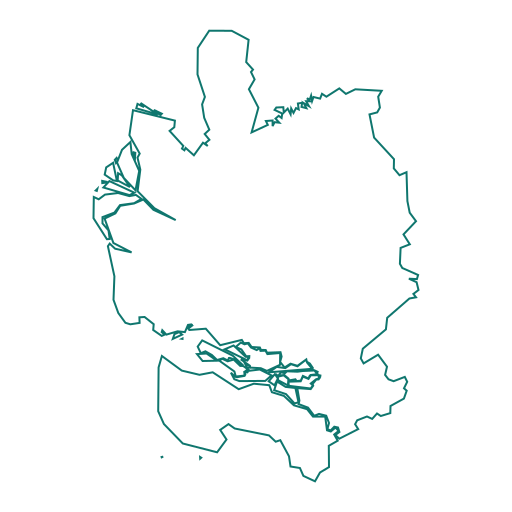 outline of Kubu Raya, Kalimantan Barat, Indonesia
{"feature_id": "22746128B69090577702614", "entity_name": "Kubu Raya", "entity_type": "district", "adm_level": 2, "iso_a3": "IDN", "parent_name": "Indonesia", "parent_adm1": "Kalimantan Barat", "projection": "albers", "projection_center": [109.326, -0.379], "detail": "fine", "context": "isolated", "style": "outline", "palette": "teal", "viewbox_px": 512, "rotation_deg": 0, "n_neighbors": 0, "source": "geoboundaries", "source_scale": "gbopen_adm2", "svg_char_len": 6117}
<svg xmlns="http://www.w3.org/2000/svg" viewBox="0 0 512 512"><path d="M404.0,388.3L407.2,381.8L404.8,376.9L393.6,381.2L388.5,379.3L385.1,374.9L387.0,366.7L378.1,354.7L363.6,363.4L360.8,358.4L362.8,348.7L385.9,329.4L387.2,317.8L409.4,298.5L416.0,297.3L413.4,293.9L418.5,290.0L416.6,282.2L408.9,278.7L416.9,279.1L418.1,275.0L402.3,268.0L399.9,263.8L400.6,247.9L409.8,244.3L403.5,234.4L416.0,221.2L409.7,212.7L407.4,201.1L406.5,172.2L399.5,175.2L393.8,168.4L394.0,159.2L374.1,137.6L369.5,114.4L377.2,112.4L379.9,107.6L378.2,96.7L381.7,90.8L355.3,89.3L345.9,93.9L339.3,88.4L326.4,96.7L322.0,93.8L320.1,98.6L313.5,97.0L312.1,101.0L311.1,95.6L309.8,99.4L306.9,98.3L310.1,101.3L306.1,101.2L309.0,106.2L303.7,103.1L306.4,108.2L301.5,106.9L302.2,102.8L297.9,103.5L298.7,109.4L296.0,108.1L293.5,112.9L291.2,108.5L290.6,114.3L287.7,108.6L283.8,112.6L283.3,107.2L276.3,107.5L274.6,109.9L282.2,113.5L281.6,118.0L278.7,115.8L275.5,118.6L279.3,122.7L274.6,122.2L272.6,126.1L272.6,120.5L265.9,121.0L267.8,124.9L251.6,132.4L258.4,107.7L248.9,89.2L254.6,79.4L251.0,72.0L253.0,69.6L246.2,62.1L248.6,39.8L231.7,30.8L209.2,30.7L197.8,47.9L197.5,74.4L204.9,96.9L202.1,104.4L204.2,117.8L209.3,129.7L204.7,134.0L209.4,139.8L205.2,143.3L207.7,146.0L203.0,142.7L193.9,155.3L185.6,147.9L184.4,150.3L182.0,148.6L183.3,145.9L169.6,130.9L174.3,127.2L174.9,120.6L133.0,110.2L129.4,135.2L139.7,153.6L137.5,157.6L140.3,169.6L137.6,191.2L154.4,208.2L175.7,220.1L153.4,209.8L143.4,199.5L134.1,203.5L120.2,205.8L115.4,213.4L104.6,218.6L113.4,243.0L131.6,252.4L115.1,248.7L109.7,243.6L107.9,246.2L114.4,276.3L113.5,299.8L118.3,313.0L125.4,322.8L130.3,324.3L139.6,322.9L139.4,317.3L144.6,317.0L153.7,324.2L153.2,330.0L161.7,335.9L164.7,334.6L161.7,332.1L162.3,330.2L166.4,334.6L177.6,331.3L184.9,332.1L188.0,324.9L191.3,324.4L191.9,324.8L191.7,325.9L188.4,328.5L189.3,330.0L205.8,328.7L220.2,345.2L241.8,339.9L243.9,343.2L248.7,342.9L251.6,347.0L259.9,347.5L260.9,349.9L265.7,350.0L267.0,352.7L280.5,352.2L281.6,356.6L280.1,361.9L284.6,367.5L290.5,363.7L297.5,365.8L306.3,359.4L306.8,361.7L309.9,363.6L312.8,367.9L312.4,369.0L310.0,369.9L314.1,370.2L317.6,371.8L317.2,372.9L317.6,374.0L317.3,374.8L320.4,375.5L320.2,376.9L318.6,379.4L316.2,379.6L313.4,383.0L311.6,383.7L312.9,384.7L313.2,385.7L310.7,389.1L297.3,388.1L299.4,400.6L298.6,404.1L308.0,407.6L314.2,415.8L319.0,413.9L326.2,415.7L329.0,423.0L327.4,429.1L330.6,430.5L334.3,426.7L338.0,427.5L339.4,432.0L335.3,435.0L339.3,438.7L358.2,429.1L355.1,424.2L357.2,420.3L367.0,416.5L372.2,418.9L377.0,413.5L380.8,416.0L390.3,413.1L390.5,406.0L403.9,398.6L406.7,390.7L404.0,388.3ZM161.9,356.0L158.6,367.4L158.2,411.2L163.9,424.0L182.8,443.5L217.1,452.3L226.5,439.5L220.2,429.9L228.5,424.1L234.7,428.5L269.0,435.4L275.7,441.7L280.3,440.2L289.0,456.3L290.5,466.5L299.9,468.0L303.4,475.9L315.0,481.3L320.0,472.5L329.0,467.1L328.8,445.8L337.7,440.7L334.2,434.5L338.6,431.0L335.5,427.5L330.8,431.5L327.0,430.3L325.2,416.6L313.0,416.6L307.1,409.2L293.9,405.3L283.9,395.9L271.9,392.2L269.3,385.2L253.8,383.7L238.7,389.2L212.7,372.3L199.5,374.8L181.8,370.6L161.9,356.0ZM118.1,193.0L105.0,194.6L98.7,199.3L93.8,197.0L93.5,218.2L106.9,239.2L109.7,239.0L108.5,230.4L102.5,223.4L102.5,217.1L114.4,212.6L120.0,205.1L134.1,203.2L141.5,198.9L135.9,194.9L129.4,196.1L118.1,193.0ZM244.5,344.3L240.8,342.6L235.7,347.0L241.4,349.4L246.2,356.3L249.3,356.1L249.2,358.0L247.3,360.6L240.8,359.4L249.7,365.6L250.0,366.0L250.1,367.6L260.8,368.2L266.9,370.9L280.0,364.8L280.2,353.0L267.4,354.1L265.5,350.7L260.5,350.9L259.6,348.2L256.7,350.1L251.0,347.5L247.8,343.4L244.5,344.3ZM139.2,170.9L131.7,154.1L130.4,142.0L122.0,149.8L117.0,162.5L123.8,177.9L135.5,190.3L139.2,170.9ZM202.2,340.4L197.7,346.6L200.8,353.2L205.4,351.3L211.9,355.0L217.1,360.0L223.3,358.2L227.9,360.6L228.9,358.0L229.8,357.9L234.3,359.4L239.1,362.6L240.6,365.5L242.3,364.6L232.8,355.7L202.2,340.4ZM259.7,369.5L249.1,370.8L247.6,369.6L247.7,372.0L247.4,372.4L244.4,372.4L245.3,374.6L244.5,375.9L237.0,377.2L235.3,376.8L230.9,372.7L234.3,379.2L239.4,381.1L265.3,380.9L271.5,375.4L259.7,369.5ZM314.4,370.5L302.7,371.0L297.5,371.7L287.0,371.3L284.9,373.2L280.9,372.3L278.4,375.6L284.2,375.0L288.5,378.6L289.1,380.4L295.4,379.3L296.6,381.1L300.8,380.6L302.9,375.9L308.5,378.5L309.7,375.8L310.6,375.0L317.4,374.2L314.4,370.5ZM285.6,386.9L277.0,381.5L274.2,390.2L286.0,394.1L294.5,403.4L298.5,402.3L295.4,388.0L285.6,386.9ZM233.7,359.6L227.7,361.3L222.2,358.8L219.2,360.6L234.4,371.5L235.8,376.5L244.5,375.6L244.4,371.9L247.7,369.4L249.4,370.4L243.2,366.0L240.2,365.9L233.7,359.6ZM312.2,368.8L307.1,362.6L306.0,359.7L297.5,366.3L291.0,364.2L285.3,368.1L276.7,366.9L269.0,372.3L312.2,368.8ZM134.4,192.7L109.4,181.1L103.4,187.5L129.5,195.1L134.4,192.7ZM318.3,375.2L310.8,375.3L308.5,378.9L302.9,376.6L300.7,381.3L288.4,381.7L288.8,385.8L310.7,388.5L312.9,385.4L310.8,383.5L316.0,379.3L319.3,378.2L318.3,375.2ZM233.6,345.5L224.7,349.3L247.3,360.3L248.6,356.9L245.6,356.8L233.6,345.5ZM116.9,181.0L113.1,162.8L106.2,167.4L104.7,174.6L113.2,180.4L116.9,181.0ZM140.6,103.0L144.0,107.1L137.5,103.9L136.3,108.3L157.8,114.5L140.6,103.0ZM206.6,353.5L197.0,354.1L202.6,361.0L216.9,360.7L206.6,353.5ZM129.9,187.0L121.8,175.3L118.1,173.2L117.7,180.5L129.9,187.0ZM278.8,376.5L275.6,374.0L277.8,376.4L278.1,380.2L287.9,385.4L288.4,379.1L283.6,375.3L278.8,376.5ZM274.5,385.3L277.9,378.5L274.9,374.1L268.7,381.3L274.5,385.3ZM179.2,332.1L174.5,334.1L172.8,338.9L182.1,334.6L179.2,332.1ZM245.2,364.0L247.1,367.5L249.7,367.7L249.6,365.7L245.2,364.0ZM135.0,158.0L135.3,152.8L133.6,152.3L133.2,154.4L135.0,158.0ZM115.9,162.8L117.6,160.1L116.6,157.9L114.8,159.8L115.9,162.8ZM191.5,325.9L188.4,325.1L188.1,327.8L191.5,325.9ZM102.2,180.9L102.3,183.1L106.6,182.5L106.6,181.8L102.2,180.9ZM159.4,114.3L158.4,112.1L155.4,110.8L157.5,113.4L159.4,114.3ZM160.8,114.8L161.8,113.7L159.5,112.6L160.8,114.8ZM96.8,190.9L97.3,188.9L95.7,190.5L96.8,190.9ZM163.2,456.6L161.6,457.0L161.7,457.3L163.2,456.6ZM201.2,457.7L200.1,457.0L200.2,458.6L201.2,457.7ZM154.7,110.9L155.1,110.5L153.8,110.0L154.7,110.9ZM182.5,338.9L182.5,338.5L181.9,338.8L182.5,338.9Z" fill="none" stroke="#0f766e" stroke-width="2"/></svg>